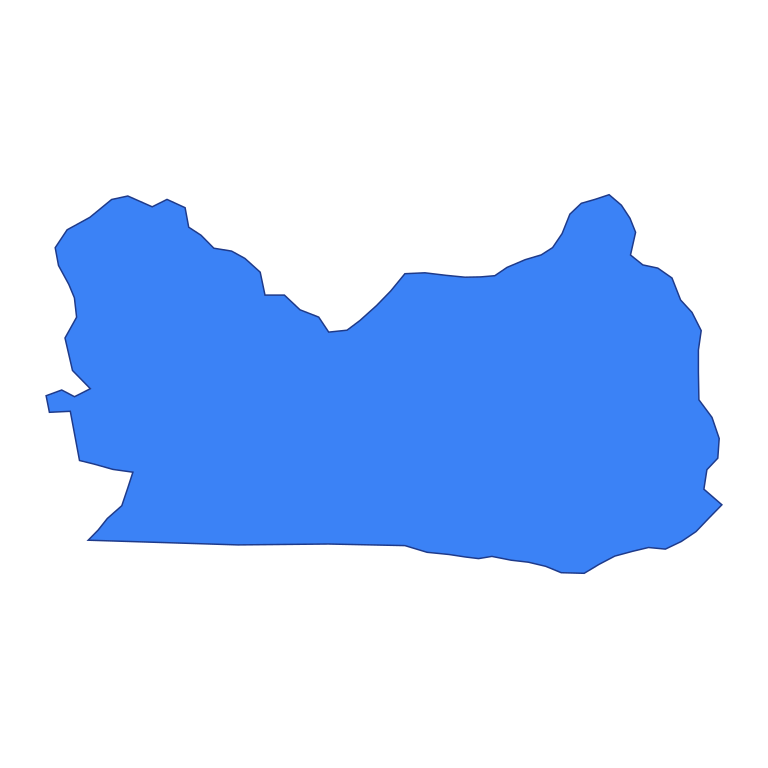 Canudos do Vale, Rio Grande do Sul, Brazil (orthographic projection)
{"feature_id": "56859067B82095060655770", "entity_name": "Canudos do Vale", "entity_type": "district", "adm_level": 2, "iso_a3": "BRA", "parent_name": "Brazil", "parent_adm1": "Rio Grande do Sul", "projection": "orthographic", "projection_center": [-52.234, -29.324], "detail": "fine", "context": "isolated", "style": "filled", "palette": "blue", "viewbox_px": 768, "rotation_deg": 0, "n_neighbors": 0, "source": "geoboundaries", "source_scale": "gbopen_adm2", "svg_char_len": 1312}
<svg xmlns="http://www.w3.org/2000/svg" viewBox="0 0 768 768"><path d="M88.2,540.2L238.0,544.9L328.4,544.0L404.9,545.6L427.1,552.3L449.1,554.5L465.5,557.0L478.6,558.6L491.9,556.4L511.1,560.2L528.4,562.2L545.6,566.3L561.2,572.7L584.2,573.3L599.0,564.4L614.8,556.1L632.6,551.3L648.5,547.5L665.4,549.1L681.3,541.5L696.0,531.6L709.1,517.9L721.9,504.8L703.9,489.2L706.9,469.7L717.8,458.2L719.2,438.5L712.0,417.4L698.9,399.8L698.4,372.1L698.4,350.1L701.2,330.6L692.0,312.4L680.6,300.0L672.0,278.0L657.8,268.1L642.8,264.9L630.5,255.0L635.6,232.3L630.0,218.3L621.4,205.2L609.1,194.7L594.9,199.4L581.3,203.3L569.9,214.1L562.1,233.6L552.6,247.6L541.2,254.9L525.1,259.7L507.0,267.4L494.8,275.7L480.6,276.9L465.0,277.2L445.8,275.3L424.9,272.8L404.9,273.7L390.7,291.0L376.5,305.6L359.8,320.6L347.0,330.2L328.7,332.1L318.7,317.1L300.0,309.8L284.4,295.1L265.0,295.1L260.2,272.2L244.9,258.4L231.6,251.1L213.8,248.2L201.0,235.2L188.7,227.2L185.1,207.7L167.0,199.4L152.2,206.8L127.8,196.0L111.6,199.5L89.9,217.3L67.1,229.8L55.2,247.7L58.5,265.5L68.8,284.4L74.4,297.8L76.6,317.2L65.0,338.0L72.5,370.5L90.3,388.7L74.5,396.7L61.7,390.0L46.1,395.7L49.4,412.3L70.3,411.3L79.5,460.5L93.7,464.0L112.9,469.4L132.9,472.2L127.9,487.6L121.8,505.7L107.3,518.5L98.2,530.0L88.2,540.2Z" fill="#3b82f6" stroke="#1e3a8a" stroke-width="1.5"/></svg>